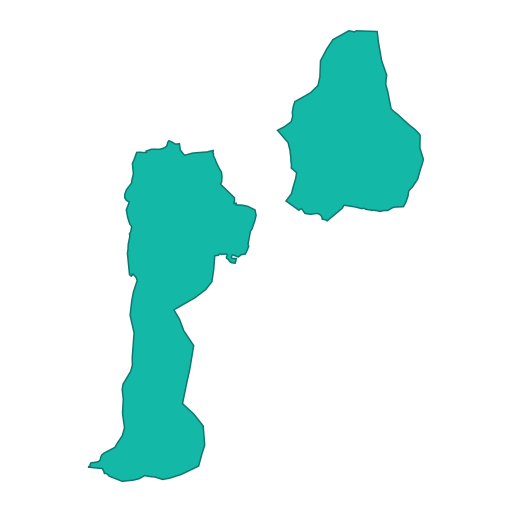 Gusau, Zamfara, Nigeria (orthographic projection)
{"feature_id": "59680162B80813578140782", "entity_name": "Gusau", "entity_type": "district", "adm_level": 2, "iso_a3": "NGA", "parent_name": "Nigeria", "parent_adm1": "Zamfara", "projection": "orthographic", "projection_center": [6.754, 11.999], "detail": "fine", "context": "isolated", "style": "filled", "palette": "teal", "viewbox_px": 512, "rotation_deg": 0, "n_neighbors": 0, "source": "geoboundaries", "source_scale": "gbopen_adm2", "svg_char_len": 4234}
<svg xmlns="http://www.w3.org/2000/svg" viewBox="0 0 512 512"><path d="M88.6,467.2L101.5,468.5L102.2,468.4L102.8,468.8L103.0,469.1L102.9,469.5L102.9,469.9L103.1,470.2L103.3,470.6L103.5,470.9L103.8,471.2L104.0,471.6L104.1,472.2L104.1,472.8L104.2,473.2L104.4,473.3L104.6,473.5L104.9,473.3L105.3,473.2L105.7,473.3L106.0,473.6L106.5,473.8L107.1,473.9L107.5,474.2L108.4,475.4L109.5,476.3L122.2,481.3L133.0,480.2L138.9,478.8L144.9,475.6L150.2,476.6L155.0,477.0L162.7,479.5L169.8,478.1L181.1,474.5L198.6,466.1L202.1,453.2L204.7,445.3L203.2,426.0L193.9,414.2L182.5,403.6L187.1,381.1L189.2,372.0L190.4,365.7L191.0,361.7L193.7,345.6L183.8,330.8L181.0,323.2L179.6,319.5L173.9,309.8L195.0,297.7L205.7,289.6L211.9,281.6L213.7,269.4L214.6,257.9L214.7,255.8L215.7,255.7L215.9,255.7L216.6,255.5L218.3,255.4L218.9,254.6L220.3,253.7L221.5,254.4L223.1,254.1L225.9,254.1L226.6,254.0L227.4,255.0L226.4,256.9L226.6,258.3L228.5,259.5L229.7,261.6L231.9,262.8L235.1,263.2L235.3,263.1L236.3,258.5L232.0,258.4L231.3,257.3L232.2,255.0L233.3,255.0L235.6,256.0L237.0,256.3L238.1,257.0L239.7,256.0L240.9,254.8L242.9,254.4L245.2,254.1L246.6,251.5L248.7,246.4L248.0,244.2L250.4,231.4L252.0,228.9L254.8,220.8L256.1,215.4L255.0,209.9L247.7,206.3L242.7,205.2L240.2,205.0L239.1,205.0L236.0,204.9L236.2,203.3L233.8,203.4L233.8,202.2L234.5,202.0L234.5,201.0L234.5,197.8L220.5,184.2L221.6,182.2L222.0,176.7L221.5,172.2L219.0,168.0L216.0,161.7L215.3,159.6L213.7,156.4L213.3,154.1L213.5,153.7L213.3,153.4L212.7,152.6L212.8,152.3L213.1,151.8L213.3,150.5L209.3,151.4L208.8,151.4L208.5,151.5L208.3,151.7L207.9,151.8L207.2,152.0L206.5,152.0L198.0,152.6L192.6,153.1L184.8,155.2L183.7,154.3L182.8,153.2L181.4,151.4L180.2,149.8L180.0,147.8L179.4,143.7L177.6,144.0L176.5,144.0L174.8,143.9L173.0,142.6L168.9,140.7L167.9,142.0L167.4,143.8L166.8,145.9L166.2,146.4L164.7,147.6L164.3,147.8L164.0,148.0L163.6,148.2L163.3,148.1L163.1,148.3L162.9,148.4L162.4,148.6L161.0,149.0L160.4,149.0L160.2,149.1L159.6,149.3L152.6,149.2L150.9,149.4L146.2,151.1L146.5,152.3L143.8,152.6L140.0,152.2L136.7,152.4L134.2,159.3L132.4,163.5L133.4,173.7L132.3,178.4L131.9,180.1L131.7,182.8L126.5,189.7L124.8,194.2L124.7,197.9L126.4,200.3L129.2,202.0L128.4,204.5L126.3,209.7L127.6,217.1L129.7,223.8L131.7,226.5L130.8,231.5L130.2,232.6L130.1,232.9L129.4,234.1L129.8,235.1L129.8,235.8L129.7,236.5L129.8,236.7L129.5,237.9L128.2,244.4L128.0,249.7L127.4,253.1L129.5,274.6L130.5,275.5L131.2,276.1L131.5,276.1L131.6,275.9L131.9,275.4L132.2,275.2L132.3,274.9L132.2,274.4L132.9,274.0L135.9,277.1L137.2,280.4L133.4,292.1L131.8,300.5L130.1,315.3L134.1,332.9L132.2,357.7L132.4,365.2L130.6,371.5L123.0,384.2L122.2,389.7L123.3,399.2L122.5,413.3L124.5,427.8L122.3,435.7L117.1,443.5L114.9,447.4L104.1,453.0L101.8,455.0L100.7,457.2L100.4,459.4L100.0,460.3L99.0,461.2L98.1,461.6L96.4,462.1L95.0,462.3L93.7,462.6L92.2,462.6L91.0,462.9L90.6,463.2L90.5,463.7L90.5,464.0L90.2,464.3L90.1,464.7L90.4,465.3L90.3,465.6L90.2,465.9L89.9,466.3L89.1,466.2L88.7,466.7L88.6,467.2ZM377.1,31.5L356.4,30.8L354.3,31.9L348.9,30.7L342.0,34.6L333.0,39.5L326.7,49.0L320.5,60.8L319.9,76.9L318.0,85.5L310.5,92.8L294.9,101.6L293.4,106.1L292.3,112.6L292.7,116.1L291.2,121.7L284.5,126.7L277.5,130.3L288.1,142.6L288.5,144.0L288.8,145.6L290.0,150.4L290.4,154.4L290.8,157.2L290.9,160.8L291.5,165.6L291.2,168.0L296.6,172.7L295.7,178.4L293.1,187.2L291.4,193.8L286.0,201.0L296.4,208.4L298.8,210.3L300.8,208.8L302.1,209.2L304.9,213.4L310.3,214.3L316.4,213.5L318.8,213.8L319.7,214.6L320.6,215.1L321.1,215.5L321.4,216.3L322.0,217.4L322.1,218.3L322.3,219.3L323.8,219.4L325.2,219.8L326.4,220.0L327.1,220.9L342.2,208.3L344.0,205.2L355.5,207.0L361.5,208.6L363.5,208.4L364.7,208.5L365.7,209.3L369.0,209.8L370.2,209.9L372.0,210.5L373.6,210.0L374.8,210.5L376.7,210.5L378.4,211.1L380.7,211.4L382.7,210.7L385.5,210.5L387.6,210.5L393.0,207.5L394.6,207.1L403.4,206.7L404.3,205.0L405.6,202.8L406.7,199.9L407.5,197.5L407.9,196.5L408.8,190.8L412.4,187.0L417.7,179.0L420.3,169.7L422.4,163.3L423.4,159.4L419.9,148.0L420.1,135.3L419.0,133.7L414.6,129.2L408.9,124.7L409.0,124.7L407.0,123.0L404.1,120.4L397.9,114.6L394.1,111.7L391.1,108.8L387.7,91.4L385.8,84.6L386.0,80.2L386.7,75.2L381.7,60.9L378.4,42.1L377.7,35.9L377.1,31.5Z" fill="#14b8a6" stroke="#0f766e" stroke-width="1.5"/></svg>